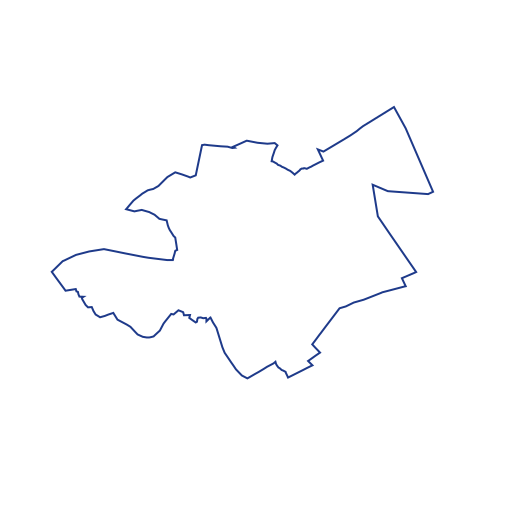 the district of Morogoro Urban, Morogoro, United Republic of Tanzania, rotated 64°
{"feature_id": "72390352B88942039906388", "entity_name": "Morogoro Urban", "entity_type": "district", "adm_level": 2, "iso_a3": "TZA", "parent_name": "United Republic of Tanzania", "parent_adm1": "Morogoro", "projection": "orthographic", "projection_center": [37.659, -6.786], "detail": "fine", "context": "isolated", "style": "outline", "palette": "blue", "viewbox_px": 512, "rotation_deg": 64, "n_neighbors": 0, "source": "geoboundaries", "source_scale": "gbopen_adm2", "svg_char_len": 3351}
<svg xmlns="http://www.w3.org/2000/svg" viewBox="0 0 512 512"><g transform="rotate(64 256 256)"><path d="M275.9,68.7L206.9,65.5L182.6,66.7L183.5,75.7L186.2,102.8L187.0,106.9L187.9,110.5L189.0,118.3L189.8,126.9L190.9,139.9L191.7,149.6L187.3,153.7L199.7,153.9L199.6,158.1L199.7,162.9L199.7,164.8L199.9,167.4L199.8,168.9L199.9,172.1L199.1,173.0L198.1,174.3L198.1,175.3L197.5,176.4L197.5,177.0L197.6,178.2L198.1,179.1L198.5,180.4L198.5,180.6L199.0,182.5L199.4,184.5L199.8,185.6L197.3,186.6L195.4,187.5L194.3,188.1L192.5,189.6L190.4,190.9L188.2,192.6L187.6,193.3L186.8,193.8L185.5,194.5L183.7,196.3L182.1,196.8L180.0,198.3L178.6,199.2L177.7,200.4L174.3,197.9L171.3,194.9L169.0,192.7L167.5,190.6L166.0,188.2L162.7,189.7L160.1,196.5L154.9,205.0L148.8,213.1L148.3,213.8L148.2,216.8L148.1,220.6L147.8,228.7L149.3,227.8L148.7,229.5L148.6,229.9L145.3,233.6L142.0,239.5L138.0,246.1L135.7,249.9L133.4,253.4L132.7,255.9L157.1,274.8L156.6,280.7L154.9,282.2L150.3,286.7L145.4,291.9L146.2,301.0L147.4,304.6L150.3,313.0L150.7,319.0L149.9,322.4L149.5,324.6L149.8,327.4L150.1,330.9L150.7,333.4L151.8,339.0L152.5,341.9L154.4,346.3L157.0,352.2L162.6,345.7L163.3,342.9L164.5,338.5L168.2,334.4L169.8,332.6L170.8,331.9L174.4,329.1L179.6,326.8L180.2,326.6L182.1,324.2L184.8,320.7L189.7,321.8L192.5,322.1L195.0,322.1L197.2,321.8L200.0,321.5L201.9,321.3L204.0,320.5L210.9,322.6L216.0,324.2L215.9,326.2L216.4,326.6L216.5,326.8L217.9,327.9L221.9,331.6L223.0,332.5L223.1,332.4L223.2,332.5L222.7,333.6L220.6,337.8L210.4,353.5L207.2,358.0L199.5,368.2L196.5,372.2L189.9,380.8L183.2,389.6L182.9,390.5L178.8,403.9L177.8,408.9L176.1,417.3L176.0,427.9L176.0,430.2L175.9,432.0L178.0,438.3L180.2,444.9L180.7,446.5L187.6,445.3L201.3,442.8L203.7,442.4L206.7,432.5L209.1,432.9L210.2,431.8L212.7,432.4L215.1,432.5L217.0,429.0L217.2,430.9L218.8,431.1L225.3,430.6L228.5,429.5L229.9,426.0L234.3,426.2L238.3,425.8L241.1,424.0L242.7,423.0L243.6,418.2L243.9,414.3L244.6,409.2L244.8,409.2L252.5,408.4L261.0,402.2L264.6,399.9L271.5,397.8L274.6,396.8L275.6,396.0L279.0,393.2L281.2,390.1L282.4,387.7L282.8,386.3L283.4,383.3L283.0,382.1L281.9,378.5L280.9,375.1L276.2,368.7L274.9,366.1L270.9,357.6L272.4,355.7L270.8,349.5L274.1,346.5L274.6,346.1L277.7,346.7L280.1,341.2L282.4,343.1L284.3,342.1L287.2,340.5L289.3,339.3L289.2,337.9L286.8,336.2L286.1,335.0L287.0,332.6L288.8,330.7L289.7,328.1L289.8,328.1L290.7,328.1L293.0,329.2L291.3,324.1L291.3,323.9L291.6,323.9L296.9,323.8L303.1,323.1L303.9,323.2L304.0,323.2L305.3,323.4L323.2,326.2L329.2,326.6L329.3,326.6L334.0,325.9L341.1,324.9L342.9,324.6L344.8,324.3L349.1,323.7L357.2,321.1L362.2,317.4L362.1,315.3L361.6,308.5L361.4,304.5L360.9,298.7L360.4,294.4L360.4,293.2L360.3,290.0L360.2,287.3L359.6,284.9L361.8,285.3L363.5,285.2L366.1,284.7L367.2,283.9L369.7,282.9L371.0,281.7L373.1,280.2L374.3,280.4L377.9,280.4L378.6,280.5L379.3,280.5L379.3,280.4L379.1,263.6L379.0,259.4L379.0,253.2L373.2,255.2L371.6,245.6L370.9,240.8L365.0,242.7L360.1,244.2L357.0,238.1L354.5,233.3L353.7,231.6L352.4,229.1L351.6,227.5L349.9,224.2L348.2,220.8L339.6,203.8L340.7,197.4L340.7,197.0L340.7,188.5L342.5,178.4L342.9,173.5L344.0,159.5L344.0,159.1L344.0,158.4L345.1,153.0L345.9,149.0L348.5,135.9L348.8,134.7L339.9,134.6L340.6,120.4L340.6,119.1L295.0,126.0L273.8,129.1L243.1,119.9L255.5,109.1L258.2,104.5L275.8,74.2L275.9,68.7Z" fill="none" stroke="#1e3a8a" stroke-width="2"/></g></svg>